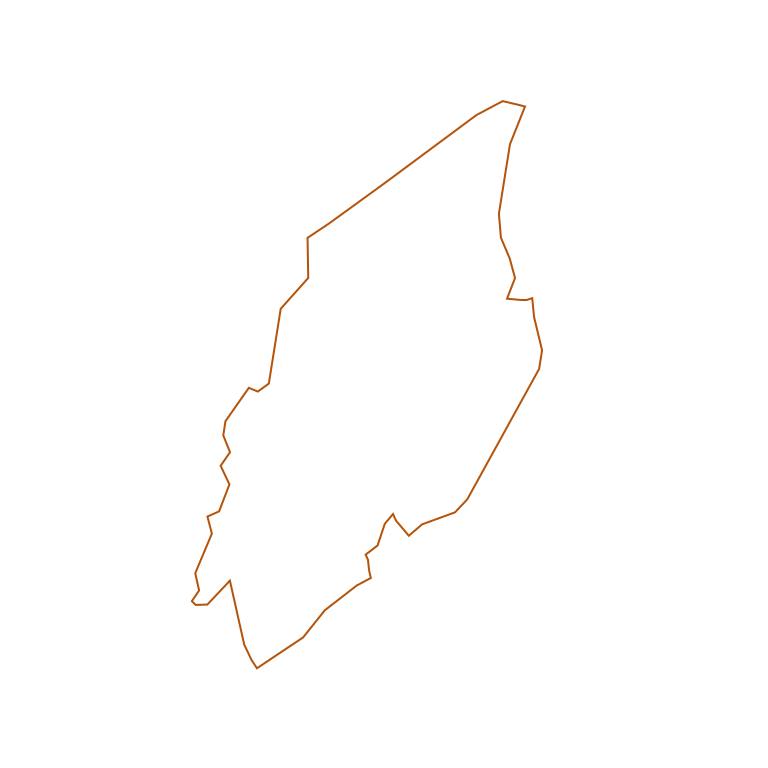 outline of East Lothian, rotated 116°
{"feature_id": "GBR-2022", "entity_name": "East Lothian", "entity_type": "Unitary District", "adm_level": 1, "iso_a3": "GBR", "parent_name": "United Kingdom", "parent_adm1": "", "projection": "equal_earth", "projection_center": [-2.666, 55.943], "detail": "fine", "context": "isolated", "style": "outline", "palette": "amber", "viewbox_px": 768, "rotation_deg": 116, "n_neighbors": 0, "source": "natural_earth", "source_scale": "10m", "svg_char_len": 869}
<svg xmlns="http://www.w3.org/2000/svg" viewBox="0 0 768 768"><g transform="rotate(116 384 384)"><path d="M72.8,378.9L113.2,375.9L180.5,355.4L201.2,343.1L216.0,326.1L231.3,312.7L253.4,310.8L248.4,297.6L246.0,292.7L241.9,288.4L258.0,278.5L284.4,256.7L302.4,251.2L451.2,258.6L468.2,263.9L493.4,288.2L509.5,295.2L501.6,313.2L496.9,318.9L509.4,322.0L532.0,319.0L545.4,325.7L549.1,321.3L558.2,315.6L564.1,310.8L577.1,320.2L613.3,338.0L647.2,345.6L695.2,373.6L691.0,380.6L690.5,381.6L679.5,395.4L628.3,436.3L659.7,446.1L665.1,456.4L663.4,461.5L650.6,459.7L636.8,470.7L594.0,473.1L580.5,484.6L570.8,476.4L542.0,478.9L529.1,495.0L512.8,492.5L500.7,505.9L486.9,510.2L446.7,503.8L446.1,494.1L434.1,487.7L361.7,509.8L321.9,498.6L286.1,516.8L264.6,504.2L202.3,471.0L101.7,418.8L77.7,401.3L73.5,382.6L72.9,379.1L72.8,378.9Z" fill="none" stroke="#b45309" stroke-width="2"/></g></svg>